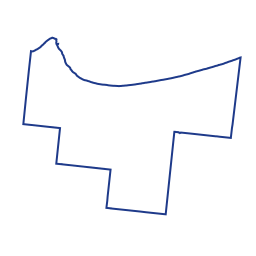 the district of Kingston (SA), South Australia, Australia, rotated 96°
{"feature_id": "25037944B29779306176871", "entity_name": "Kingston (SA)", "entity_type": "district", "adm_level": 2, "iso_a3": "AUS", "parent_name": "Australia", "parent_adm1": "South Australia", "projection": "natural_earth1", "projection_center": [139.822, -36.641], "detail": "fine", "context": "isolated", "style": "outline", "palette": "blue", "viewbox_px": 256, "rotation_deg": 96, "n_neighbors": 0, "source": "geoboundaries", "source_scale": "gbopen_adm2", "svg_char_len": 5117}
<svg xmlns="http://www.w3.org/2000/svg" viewBox="0 0 256 256"><g transform="rotate(96 128 128)"><path d="M46.1,23.4L46.2,23.7L46.3,23.9L46.4,24.1L46.5,24.2L46.5,24.4L46.7,24.6L47.1,25.4L47.2,25.6L47.6,26.3L47.7,26.6L47.9,27.0L48.1,27.3L48.4,27.8L48.5,28.0L49.0,29.0L49.6,30.5L49.8,30.9L50.1,31.4L50.4,31.9L50.5,32.2L50.5,32.4L51.0,33.3L51.1,33.7L51.3,34.2L51.5,34.6L51.7,35.0L51.8,35.2L52.0,35.6L52.3,36.2L52.6,36.6L52.8,37.1L53.0,37.8L53.4,38.5L54.1,39.7L54.4,40.4L54.6,41.0L54.9,41.5L55.0,42.0L55.1,42.3L55.2,42.5L55.7,43.7L55.8,44.4L56.2,45.0L56.4,45.2L56.7,46.0L56.8,46.3L56.9,46.6L57.1,47.3L57.4,47.9L57.5,48.3L57.8,48.8L58.0,49.1L58.3,50.0L58.5,50.3L58.7,50.9L58.9,51.4L59.0,51.8L59.3,52.3L59.4,52.8L59.9,53.8L60.0,54.3L60.2,54.5L60.2,54.8L60.7,55.6L60.8,55.9L60.8,56.0L61.0,56.5L61.2,56.9L61.4,57.9L61.6,58.3L61.7,58.8L62.2,60.0L62.4,60.3L62.6,60.8L62.7,61.2L62.8,61.4L62.9,61.6L63.0,61.8L63.2,62.3L63.3,62.7L63.4,62.8L63.5,63.1L63.7,63.5L63.8,63.9L64.0,64.3L64.1,64.7L64.3,65.2L64.6,66.0L64.8,66.6L65.2,67.3L65.5,68.2L65.9,68.9L66.2,69.7L66.3,70.0L66.5,70.3L66.6,70.6L67.0,71.5L67.2,72.0L67.5,72.5L67.9,73.3L68.6,75.2L68.8,75.9L69.0,76.3L69.2,77.0L69.3,77.3L69.9,78.5L70.3,79.4L70.7,80.5L71.3,82.1L71.5,83.0L71.7,83.5L71.9,84.1L72.3,85.2L72.4,85.7L72.9,87.0L73.1,87.7L73.3,88.1L73.9,90.0L74.0,90.2L74.1,90.5L74.3,91.3L74.4,91.6L74.8,93.0L75.0,93.5L75.9,96.6L76.4,98.2L76.5,98.7L76.8,100.0L77.3,101.6L77.5,102.2L78.2,104.5L78.4,105.1L78.6,105.6L78.7,106.2L78.8,106.6L79.0,107.1L79.2,108.1L79.3,108.6L79.5,109.3L79.6,109.6L79.8,110.1L79.9,110.6L80.1,111.1L80.3,112.0L80.6,113.1L80.8,113.8L81.0,114.5L81.2,115.7L81.3,116.0L81.5,116.5L81.7,117.2L81.9,117.9L82.0,118.6L82.1,118.9L82.2,119.1L82.4,119.5L82.5,120.0L82.7,121.0L82.8,121.3L82.9,121.6L83.1,122.4L83.3,123.2L83.5,124.0L83.6,124.4L83.8,124.9L84.3,127.0L84.7,128.7L85.5,132.5L85.8,133.5L86.2,135.9L86.4,136.5L86.6,138.0L87.0,139.5L87.1,140.4L87.3,141.4L87.3,142.4L87.4,144.9L87.6,147.8L87.6,148.8L87.6,151.3L87.6,151.8L87.5,152.8L87.4,153.6L87.4,155.8L87.5,157.5L87.5,158.2L87.4,159.9L87.3,162.0L87.2,163.3L86.9,164.8L86.8,166.0L86.5,168.0L86.4,168.1L86.3,169.0L86.2,169.5L86.1,170.0L85.8,170.9L85.6,171.7L85.5,172.7L85.2,173.6L85.2,173.9L85.1,174.6L85.0,174.8L85.0,175.4L85.0,175.5L85.0,175.9L84.8,176.8L84.7,177.2L84.6,177.4L84.6,177.6L84.5,177.8L84.1,178.9L83.9,179.2L83.8,179.4L83.7,179.6L83.6,180.2L83.4,180.4L83.2,181.1L82.9,181.6L82.6,182.1L82.5,182.3L82.3,182.6L82.0,183.0L81.8,183.6L81.6,183.8L81.3,184.2L81.2,184.4L81.0,184.5L80.8,184.7L80.7,184.8L80.1,185.3L79.5,185.8L79.4,186.0L79.1,186.8L78.7,187.4L78.5,187.9L78.3,188.3L78.0,188.8L77.9,188.9L77.5,189.3L77.2,189.7L76.9,189.8L76.5,190.2L76.0,190.7L75.9,190.8L75.8,191.1L75.3,191.4L74.8,191.6L74.4,191.7L74.1,192.0L73.9,192.1L73.3,193.0L72.8,193.6L72.7,193.8L72.4,194.4L72.2,194.6L72.1,194.8L71.7,195.4L71.3,195.8L70.7,196.2L70.3,196.4L69.8,196.8L69.5,197.0L68.4,197.5L68.0,197.5L67.6,197.7L67.2,197.8L66.9,197.8L66.5,198.1L65.7,198.4L65.3,198.7L65.0,198.8L64.8,199.0L64.6,199.0L64.2,199.2L64.0,199.3L63.7,199.4L63.5,199.5L63.0,199.7L62.8,199.7L62.5,200.0L62.2,200.3L61.9,200.5L61.7,200.7L61.6,200.8L61.3,201.0L61.0,201.2L60.8,201.3L60.3,201.4L59.7,201.5L59.3,201.8L59.1,202.0L58.9,202.1L58.7,202.3L58.3,202.7L58.1,202.9L57.8,203.2L57.6,203.5L57.2,204.0L56.9,204.4L56.7,204.6L56.6,204.8L56.3,205.1L55.6,205.6L55.4,205.7L55.2,205.9L54.6,206.2L54.2,206.4L52.4,207.5L51.8,206.3L51.7,206.3L52.0,207.3L51.9,207.3L51.7,207.5L51.7,207.9L51.7,208.0L50.6,208.3L49.8,208.2L49.1,208.2L48.5,208.5L48.3,208.5L47.9,208.5L47.7,208.5L47.5,208.4L47.3,208.4L47.2,208.5L47.1,208.8L46.9,209.1L46.9,209.4L46.9,209.8L46.9,210.2L46.7,210.7L46.6,210.9L46.4,211.1L46.3,211.3L46.3,211.5L46.3,212.1L46.2,212.4L46.1,212.6L46.1,212.8L46.5,213.3L46.7,213.7L46.9,214.0L47.0,214.4L47.1,214.5L47.3,214.8L47.4,215.0L47.5,215.2L48.0,215.7L48.3,216.0L48.6,216.3L48.9,216.7L49.0,216.9L49.2,217.1L49.5,217.4L50.2,218.1L50.6,218.5L51.1,219.0L51.4,219.2L51.7,219.3L51.9,219.4L52.1,219.7L52.4,219.9L52.6,220.1L52.8,220.4L53.0,220.5L53.7,220.9L54.2,221.4L54.4,221.7L54.5,221.8L54.8,222.0L55.1,222.4L55.5,222.6L55.9,223.0L56.3,223.3L56.6,223.4L56.9,223.8L57.2,224.1L57.5,224.5L58.0,225.1L58.3,225.4L58.4,225.6L58.6,225.8L59.1,226.4L59.2,226.6L59.4,226.9L59.6,227.3L59.8,227.7L60.1,228.0L60.4,228.3L60.8,229.1L61.1,229.4L61.2,229.6L61.6,230.3L61.8,230.9L61.8,231.4L61.8,231.9L61.7,232.5L80.5,232.6L96.1,232.6L108.5,232.6L135.1,232.5L135.1,224.3L135.2,195.6L171.0,195.6L171.0,191.9L170.9,190.5L171.0,190.5L171.2,141.0L198.2,141.1L202.2,141.0L202.8,141.0L207.7,141.1L208.9,141.1L209.4,141.1L209.7,141.1L209.7,136.5L209.8,136.5L209.8,123.1L209.8,107.0L209.9,101.7L209.9,81.5L197.5,81.5L196.0,81.5L174.6,81.5L171.4,81.5L153.9,81.5L152.6,81.5L152.2,81.5L135.3,81.5L127.0,81.5L127.0,81.4L126.9,81.3L126.9,80.1L127.0,79.9L127.0,79.5L126.9,78.6L127.0,78.3L127.0,78.1L126.9,77.9L126.9,77.5L127.3,76.8L127.2,76.5L127.2,76.3L127.4,76.0L127.5,75.9L127.2,75.6L127.2,75.3L127.3,75.1L127.2,74.8L127.0,74.7L127.0,62.6L127.1,40.0L127.0,39.0L127.1,36.2L127.1,24.7L117.1,24.6L113.6,24.4L46.1,23.4Z" fill="none" stroke="#1e3a8a" stroke-width="2"/></g></svg>